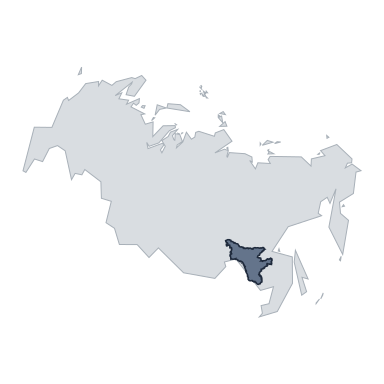 location of Amur within Russia
{"feature_id": "RUS-2609", "entity_name": "Amur", "entity_type": "Region", "adm_level": 1, "iso_a3": "RUS", "parent_name": "Russia", "parent_adm1": "", "projection": "orthographic", "projection_center": [128.173, 52.947], "detail": "fine", "context": "in_parent", "style": "filled", "palette": "slate", "viewbox_px": 384, "rotation_deg": 0, "n_neighbors": 0, "source": "natural_earth", "source_scale": "10m", "svg_char_len": 9380}
<svg xmlns="http://www.w3.org/2000/svg" viewBox="0 0 384 384"><path d="M277.3,311.5L259.3,316.9L262.4,313.3L261.1,305.6L269.0,303.7L273.5,286.7L260.5,290.4L235.9,259.0L224.4,262.0L225.8,266.6L214.9,278.4L183.6,272.8L158.4,247.9L149.0,257.5L137.2,244.6L119.4,244.5L114.5,228.3L106.0,222.7L111.3,201.3L101.4,198.3L100.9,181.8L84.8,169.5L81.9,174.8L75.1,173.4L71.5,179.7L65.2,150.8L57.5,145.6L49.3,148.5L42.6,161.6L34.5,159.0L25.9,172.4L23.0,170.8L34.3,127.2L51.9,127.4L63.4,100.2L67.4,97.4L68.6,100.5L78.6,92.9L85.7,83.6L98.6,81.5L98.5,85.8L102.2,80.2L111.9,85.4L116.2,81.7L131.7,77.6L135.2,78.6L141.7,75.5L146.0,80.2L134.4,96.3L126.1,94.7L128.7,87.0L131.6,83.9L132.2,82.1L115.2,95.6L121.8,92.8L118.9,98.8L128.6,100.2L126.5,104.2L139.4,98.6L139.0,102.9L136.2,105.3L133.5,103.2L131.0,106.9L144.7,113.9L140.9,114.7L145.3,124.2L153.1,121.9L152.8,136.6L163.1,125.8L175.2,125.6L175.4,127.7L169.4,130.7L158.8,142.9L149.1,146.3L146.7,142.4L148.0,148.6L162.1,143.4L164.1,144.6L160.4,149.9L161.9,152.8L165.3,146.3L161.9,140.6L168.2,136.5L170.5,132.1L177.7,129.4L172.4,135.7L173.9,139.7L174.8,140.3L175.3,133.7L179.8,134.5L182.4,141.5L177.2,144.9L176.5,147.8L182.8,142.0L186.4,132.2L191.4,139.2L194.8,137.1L195.7,132.4L198.8,131.3L214.4,136.3L215.3,132.9L223.8,129.6L232.0,141.2L214.9,152.9L224.5,149.2L228.3,150.6L226.9,155.9L227.0,156.9L227.5,157.1L229.3,152.6L245.0,153.7L251.9,157.0L252.3,162.1L249.7,160.5L255.4,168.9L257.9,162.8L270.3,163.5L268.1,159.6L270.1,156.4L301.3,156.9L311.0,166.1L311.4,158.9L325.0,155.7L320.6,150.6L336.8,144.5L352.0,158.9L351.6,162.8L347.4,163.2L345.3,167.9L352.1,164.1L361.0,170.7L356.0,172.1L353.4,193.5L339.5,202.1L340.5,213.4L348.5,220.3L342.7,254.5L328.9,227.1L336.0,188.8L330.0,203.4L327.2,197.3L320.7,201.7L318.2,213.3L321.6,215.7L288.2,226.7L272.0,251.4L292.3,256.9L292.5,283.3L277.3,311.5ZM189.9,111.7L166.9,108.0L167.9,103.7L180.4,104.7L189.9,111.7ZM295.4,250.3L308.1,279.0L302.0,277.3L306.6,291.7L301.7,295.2L294.2,262.1L295.4,250.3ZM157.2,104.8L166.3,108.0L159.6,109.4L155.1,115.2L157.2,104.8ZM262.3,145.3L267.3,140.4L273.0,142.2L262.3,145.3ZM221.6,116.0L222.7,122.7L218.3,117.6L221.6,116.0ZM223.2,111.6L225.4,114.6L219.8,113.5L223.2,111.6ZM225.1,121.6L226.9,126.2L219.7,126.4L225.1,121.6ZM274.6,143.6L277.1,141.7L280.7,142.0L274.6,143.6ZM81.6,67.1L81.4,73.6L78.3,74.7L81.6,67.1ZM200.8,88.2L202.2,89.7L199.4,86.7L200.8,88.2ZM269.5,151.5L273.8,153.8L267.9,154.0L269.5,151.5ZM144.0,108.3L141.3,107.1L142.5,105.6L145.1,105.7L144.0,108.3ZM203.4,91.1L204.9,92.3L204.2,93.5L203.4,91.1ZM205.8,96.2L203.4,96.4L203.6,94.9L205.0,94.7L205.8,96.2ZM206.3,97.9L205.9,96.5L207.5,98.0L206.3,97.9ZM154.7,117.8L151.6,120.6L153.4,117.5L154.7,117.8ZM220.1,116.2L218.2,116.4L218.3,114.8L220.1,116.2ZM206.2,91.1L207.6,92.8L205.9,92.7L206.2,91.1ZM328.9,137.3L327.0,138.3L326.7,135.4L328.9,137.3ZM201.8,86.3L201.4,87.7L200.8,85.2L201.8,86.3ZM176.4,124.9L174.6,123.4L176.6,124.8L176.4,124.9ZM227.8,147.3L228.1,149.7L226.7,148.0L227.8,147.3ZM320.0,152.6L319.1,154.4L317.8,154.3L320.0,152.6ZM202.1,94.9L202.4,93.6L202.5,95.4L202.1,94.9ZM205.9,93.1L204.8,94.2L205.2,92.7L205.9,93.1ZM323.2,292.9L322.7,295.2L320.7,298.9L323.2,292.9ZM201.5,93.2L200.4,94.4L200.2,93.4L201.5,93.2ZM180.0,134.1L177.9,133.6L177.8,133.2L180.0,134.1ZM344.5,206.2L342.2,206.7L343.5,204.7L344.5,206.2ZM268.8,149.6L268.4,151.4L267.7,150.2L268.8,149.6ZM279.0,248.7L279.8,251.5L278.2,251.0L279.0,248.7ZM341.2,256.3L340.5,260.8L339.4,259.9L341.2,256.3ZM200.6,91.8L199.8,91.1L200.2,90.7L200.6,91.8ZM183.2,132.6L181.6,133.6L181.7,133.0L183.2,132.6ZM261.0,144.0L260.2,145.2L260.2,142.9L261.0,144.0ZM316.1,303.0L319.5,299.0L316.1,303.7L316.1,303.0Z" fill="#d9dde1" stroke="#a8b0b8" stroke-width="1"/><path d="M235.5,259.1L234.9,258.8L234.5,259.1L233.5,259.2L232.1,259.2L231.8,258.9L230.9,259.2L230.9,258.7L230.7,258.3L230.8,257.8L230.7,257.6L230.7,257.1L230.4,256.3L230.2,256.3L230.0,256.0L230.0,255.6L230.0,255.4L230.4,255.3L230.3,254.9L230.4,254.6L230.2,254.2L230.4,253.9L230.7,253.8L230.8,253.9L230.9,254.2L231.6,254.0L231.7,253.9L231.7,253.7L231.1,253.1L231.2,252.8L231.0,252.6L231.2,252.4L231.1,252.1L231.1,251.9L230.6,252.1L230.3,252.1L230.4,251.7L231.4,250.9L231.4,250.2L231.7,249.9L231.4,249.7L231.7,248.6L231.7,248.3L231.6,248.1L231.5,247.6L231.1,247.5L230.9,247.6L230.7,247.9L230.4,248.0L230.1,248.0L229.9,248.0L229.8,247.8L229.9,247.5L229.8,246.8L230.0,246.4L229.8,246.1L229.8,245.6L229.7,245.2L229.3,245.3L229.0,245.1L228.7,245.2L227.5,245.6L227.4,245.8L227.1,245.8L227.0,245.5L226.8,245.5L226.5,245.7L226.4,245.4L226.5,245.2L226.5,244.9L226.3,244.5L226.3,244.2L226.6,244.2L226.9,244.0L227.8,243.9L227.8,243.6L227.4,243.4L227.5,243.2L227.1,242.9L227.1,242.6L226.3,242.3L226.2,242.0L225.9,241.7L226.0,241.5L226.1,241.4L226.1,241.2L225.9,241.1L225.7,240.9L225.6,240.7L226.3,240.2L226.7,240.2L227.6,239.7L229.3,239.7L229.7,239.8L229.8,240.1L230.8,240.2L231.0,240.5L231.0,240.9L231.2,241.1L231.3,241.3L231.2,241.5L232.8,241.6L233.1,242.1L233.7,242.4L233.7,242.6L233.9,242.8L234.0,243.1L234.5,243.1L234.6,242.6L234.9,242.6L235.0,242.8L235.3,243.1L236.0,243.6L237.8,243.9L238.0,244.2L238.2,244.7L238.6,245.1L238.7,245.6L239.1,245.7L239.2,246.1L239.3,246.5L239.9,246.6L240.2,246.9L240.8,247.0L241.7,246.8L242.2,247.0L242.2,247.3L242.5,247.6L243.4,247.3L244.1,247.8L244.1,248.0L244.3,248.2L244.1,248.2L244.0,248.4L244.7,248.4L245.1,248.6L245.4,248.5L245.5,248.2L245.9,248.1L245.9,248.3L246.0,248.4L246.5,248.3L246.7,248.2L247.3,248.0L247.5,247.9L247.8,248.1L248.0,248.4L248.3,248.7L248.6,248.6L248.7,248.2L248.9,248.0L249.2,248.1L249.3,248.3L249.6,248.3L250.6,248.1L251.2,248.5L251.4,248.9L252.0,248.9L252.0,249.0L252.8,249.2L253.1,249.1L253.2,248.8L253.2,248.6L253.0,248.3L253.0,248.2L254.9,247.6L255.4,247.8L255.7,247.7L256.0,247.9L258.0,247.7L259.3,248.2L259.5,248.0L260.0,248.1L260.3,248.0L260.7,248.1L260.8,247.9L261.4,248.1L261.8,247.8L262.3,247.9L262.7,247.5L263.6,247.6L264.0,248.2L263.9,248.4L263.9,248.6L264.3,249.0L264.6,249.0L264.9,249.2L264.4,249.4L264.1,249.3L264.1,249.5L264.2,249.8L263.9,250.2L263.2,250.3L263.1,250.5L263.4,250.8L262.9,251.1L262.3,251.1L262.0,251.4L262.2,251.8L261.6,252.2L261.5,252.5L261.2,252.6L260.8,252.9L260.4,253.0L259.8,253.5L259.9,253.9L259.6,255.1L259.4,255.3L259.0,255.1L258.7,255.3L258.4,255.4L257.7,256.2L257.7,257.0L257.4,257.2L257.4,257.4L257.6,257.5L258.2,257.5L258.8,257.7L258.9,258.0L259.1,258.1L259.3,257.9L259.7,257.8L260.7,258.1L260.8,258.8L261.0,259.1L260.9,259.4L261.2,260.4L261.1,260.7L260.9,260.9L262.2,260.8L262.2,261.2L262.4,261.4L262.8,261.3L263.0,260.8L263.9,260.6L264.6,260.7L265.5,260.6L265.7,260.3L266.3,260.2L266.5,259.5L267.2,259.0L267.4,259.1L267.6,258.8L267.8,258.8L268.1,259.2L268.3,259.0L269.0,259.3L269.4,259.0L269.6,259.0L269.6,258.8L270.3,258.7L270.3,258.3L270.6,258.1L271.3,258.5L271.4,258.8L271.6,258.8L271.6,259.0L271.9,259.1L271.9,259.3L271.6,259.3L271.6,259.6L271.9,259.7L272.1,260.0L271.8,260.4L271.8,260.7L271.9,260.9L271.7,261.1L271.3,261.7L271.4,262.1L271.2,262.1L271.3,262.5L271.5,262.7L271.4,262.9L271.7,262.9L271.8,263.2L271.4,263.8L271.4,264.1L271.5,264.2L271.5,264.5L271.2,264.5L270.0,264.2L269.7,264.3L269.4,264.0L269.0,264.2L268.8,264.0L268.2,264.0L267.6,263.6L267.1,263.5L266.9,263.8L266.9,264.1L267.0,264.3L266.9,264.7L267.2,264.9L267.2,265.2L267.6,265.6L267.3,266.0L266.3,266.3L265.7,266.3L265.5,266.5L264.9,266.9L264.8,267.0L264.7,267.5L264.4,267.5L264.5,268.0L264.0,268.4L263.8,268.3L263.4,268.6L263.2,268.4L263.0,268.8L262.6,268.7L262.2,269.1L261.2,269.2L261.2,269.3L261.1,269.6L261.2,269.9L261.5,270.3L261.5,270.9L261.3,271.0L261.0,270.8L260.8,271.0L260.5,271.5L260.1,271.6L259.7,272.7L259.3,272.8L259.2,272.9L259.2,273.2L259.3,273.2L259.4,273.5L258.9,274.3L259.0,274.5L258.8,274.7L259.1,275.0L259.2,274.7L259.8,274.7L260.1,275.2L259.9,275.5L259.6,275.7L259.6,275.8L259.8,276.0L260.0,276.2L260.5,275.9L260.7,276.4L261.1,276.2L261.2,276.7L261.6,277.1L261.7,277.4L261.4,277.7L261.2,277.8L261.2,278.2L261.7,278.3L261.9,278.6L261.9,279.5L261.4,279.7L261.5,279.9L261.9,280.2L262.0,281.2L261.7,282.2L261.4,282.2L261.2,282.1L260.9,282.2L260.4,283.2L260.4,283.4L260.3,283.7L259.7,283.6L259.2,284.0L258.8,284.4L258.4,284.2L257.7,284.3L256.6,283.5L256.5,283.2L256.3,283.1L256.3,282.8L255.9,282.6L255.8,282.2L255.2,282.1L255.1,281.6L255.0,281.4L254.6,281.4L254.6,281.7L254.5,281.9L254.1,281.6L253.6,281.8L253.3,281.4L252.9,281.2L252.5,281.2L252.4,281.0L252.6,280.9L252.6,280.7L252.2,280.5L251.2,280.6L250.9,280.8L250.1,280.8L249.7,280.5L249.3,280.6L248.8,280.2L248.7,279.8L248.2,279.5L248.1,279.3L248.2,278.8L248.1,278.2L248.4,277.7L248.4,277.3L247.6,276.8L247.6,276.6L247.7,276.2L247.4,275.9L247.7,275.3L247.4,274.8L247.4,274.4L247.2,274.2L247.0,273.5L246.3,272.7L246.2,271.9L246.4,271.4L246.2,271.3L246.1,271.7L245.9,271.6L245.9,271.3L246.2,271.1L246.2,270.9L245.8,270.8L245.8,270.5L246.0,270.3L245.5,269.9L245.6,269.6L245.6,269.3L245.6,269.2L245.4,269.0L244.7,267.7L245.0,267.4L245.1,266.9L244.3,266.6L244.3,266.4L244.8,266.2L244.4,265.9L244.5,265.6L244.2,265.1L244.0,264.8L243.6,264.4L243.4,264.6L243.3,264.3L243.3,264.1L243.6,264.0L243.5,263.7L243.3,263.5L243.0,263.0L242.9,262.7L242.3,262.8L242.6,262.3L242.2,261.9L241.9,262.0L241.8,261.7L240.7,261.0L240.0,261.1L239.9,261.2L239.9,261.5L239.6,261.3L239.4,261.3L239.2,261.0L238.4,260.8L238.2,260.6L237.9,260.0L237.5,260.1L237.1,259.5L236.8,259.3L236.2,259.2L236.0,258.9L235.7,259.1L235.7,258.9L235.5,259.1Z" fill="#64748b" stroke="#1e293b" stroke-width="1.5"/></svg>